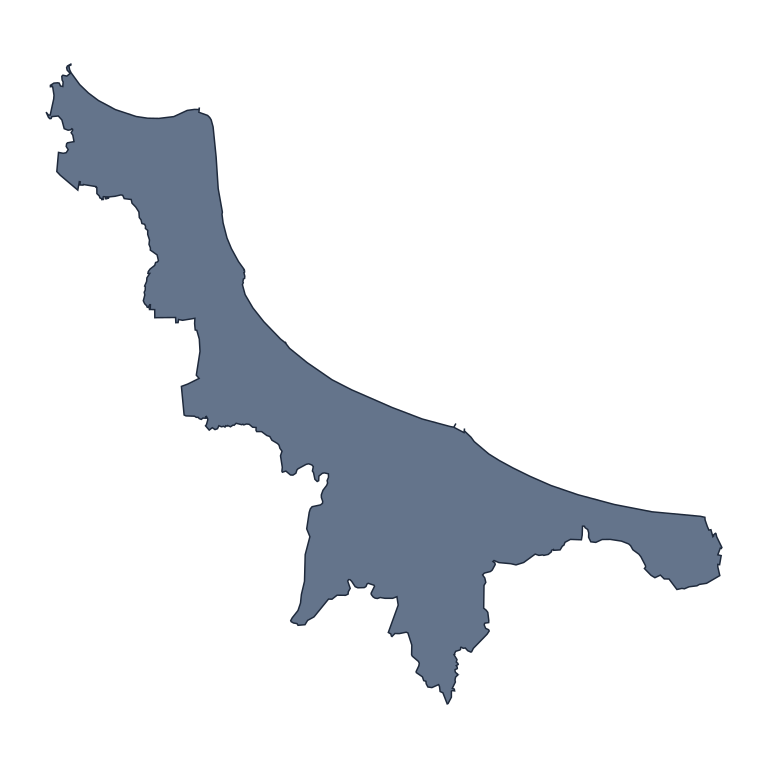 the district of Alvarado, Veracruz, Mexico
{"feature_id": "50627088B94546809143043", "entity_name": "Alvarado", "entity_type": "district", "adm_level": 2, "iso_a3": "MEX", "parent_name": "Mexico", "parent_adm1": "Veracruz", "projection": "mercator", "projection_center": [-95.869, 18.829], "detail": "fine", "context": "isolated", "style": "filled", "palette": "slate", "viewbox_px": 768, "rotation_deg": 0, "n_neighbors": 0, "source": "geoboundaries", "source_scale": "gbopen_adm2", "svg_char_len": 6036}
<svg xmlns="http://www.w3.org/2000/svg" viewBox="0 0 768 768"><path d="M447.2,703.9L448.1,703.5L451.4,697.2L451.4,691.2L452.3,690.6L454.6,690.9L454.3,689.1L452.3,688.3L455.4,682.0L455.0,680.0L455.6,677.1L457.7,675.1L457.2,675.1L457.5,674.0L455.5,672.4L455.0,670.9L455.1,669.6L457.3,668.6L457.2,667.1L456.2,665.6L458.2,664.5L457.9,663.4L456.3,662.1L457.0,659.6L454.0,654.7L454.8,654.3L454.6,653.4L455.7,651.3L459.9,650.0L460.5,649.4L460.7,647.4L461.5,647.3L463.2,648.3L465.3,648.0L467.7,650.7L470.9,652.1L471.6,651.8L473.4,648.3L487.1,634.2L489.2,631.0L488.6,629.7L485.7,628.4L484.4,625.5L484.3,624.1L485.0,623.1L488.7,622.6L488.8,620.5L487.8,612.4L486.2,610.2L483.7,608.2L484.0,585.4L485.8,582.4L484.8,578.0L482.6,574.9L484.3,573.1L490.5,571.5L492.2,570.1L495.2,564.6L494.9,562.9L492.9,561.5L494.0,560.5L498.9,562.6L510.8,563.7L516.0,564.9L523.7,562.5L535.2,554.1L538.9,555.4L542.6,554.9L543.8,555.4L548.3,554.4L551.4,551.8L551.6,550.3L553.5,549.5L553.7,550.3L560.1,549.9L562.4,546.1L563.9,545.2L565.0,542.3L570.4,539.4L581.4,539.8L582.2,535.1L582.5,526.2L583.6,526.1L584.5,526.3L585.1,527.7L587.7,529.5L588.7,532.9L588.6,537.3L590.8,541.8L595.8,542.4L602.1,539.5L610.3,539.4L621.4,541.1L628.6,543.9L630.6,545.7L632.9,549.8L638.9,554.2L640.9,556.8L645.4,565.5L645.6,567.1L644.4,568.5L651.0,575.3L654.9,577.7L660.4,575.1L664.2,578.9L669.0,579.0L676.9,589.5L681.9,588.4L684.4,588.8L689.0,586.8L697.0,585.8L699.4,584.4L706.6,583.3L719.8,575.6L717.8,566.9L717.8,564.4L719.6,564.7L721.2,555.6L717.8,554.8L720.3,548.1L721.3,548.5L721.9,547.5L716.7,536.8L715.9,533.5L715.4,533.3L712.9,535.4L713.6,536.0L712.9,536.7L710.9,529.7L708.9,530.1L707.3,526.4L705.1,520.0L704.9,517.3L700.4,516.3L652.0,511.8L614.4,504.5L577.8,494.7L551.0,485.5L530.0,476.3L512.9,467.9L499.1,460.4L488.7,453.9L474.2,441.6L471.0,437.2L464.4,430.9L464.5,428.5L464.0,432.6L453.9,427.3L455.9,423.5L453.8,427.2L450.1,426.5L422.3,419.0L391.9,407.4L351.6,389.8L332.1,379.8L307.1,362.6L289.5,348.3L285.7,343.3L286.3,342.6L285.5,343.2L285.1,342.8L285.9,341.9L285.0,342.6L280.5,339.0L263.8,321.7L252.9,307.9L245.1,294.6L242.4,284.6L243.3,282.7L242.9,281.7L243.4,279.0L244.6,278.4L244.8,276.2L243.9,272.6L244.5,272.3L244.6,270.9L243.8,269.9L244.2,269.5L238.5,261.6L231.4,248.6L227.0,238.0L223.1,222.9L222.0,214.2L222.4,212.2L218.2,188.6L216.1,156.7L213.1,126.9L211.2,119.9L209.8,117.6L207.6,115.4L198.9,112.3L199.4,107.5L198.9,109.5L194.4,109.4L187.2,110.4L173.8,116.6L158.9,118.4L147.7,118.2L136.2,116.5L115.4,109.6L98.4,100.5L88.4,93.0L79.7,84.6L71.1,72.8L69.7,69.9L68.9,66.1L71.0,64.9L70.8,64.1L67.4,66.0L66.6,67.7L67.2,70.2L70.2,73.4L66.8,76.1L62.9,75.2L61.8,76.3L62.1,80.0L63.1,81.9L62.8,86.5L60.5,86.0L59.2,83.1L57.7,82.8L53.9,83.1L50.4,85.3L50.4,86.7L51.2,86.7L51.7,85.5L52.7,87.0L54.0,95.3L53.7,99.0L50.2,115.0L48.5,115.1L46.1,112.1L48.5,117.4L49.9,118.7L51.1,118.5L51.9,116.6L58.3,116.0L61.9,120.0L64.2,128.7L68.1,130.2L70.7,129.8L71.8,128.7L72.6,129.3L72.6,130.4L71.1,132.7L72.8,135.1L74.0,141.6L67.5,142.8L66.6,143.8L66.2,146.5L68.2,149.6L66.2,152.7L63.2,153.3L58.5,152.4L56.8,171.6L60.3,175.3L77.8,190.1L79.3,181.6L80.3,181.8L79.9,185.0L83.1,185.1L83.4,184.5L96.1,186.6L96.0,187.4L96.8,187.6L96.9,193.6L99.3,196.0L99.9,197.9L101.8,198.7L101.8,199.6L103.2,199.5L103.1,197.0L103.7,196.6L105.2,196.8L105.3,198.8L106.2,198.8L106.1,197.2L106.6,196.8L107.8,196.9L107.7,198.4L108.5,198.2L109.0,196.9L115.0,196.3L120.9,194.9L122.7,195.3L124.2,198.6L131.2,199.5L132.0,203.2L135.7,207.0L138.9,212.0L139.3,217.6L141.0,219.8L141.9,223.5L144.6,224.3L145.5,226.2L145.4,228.5L147.7,230.4L147.7,234.4L149.5,240.0L149.0,244.4L150.4,247.9L150.3,250.1L157.1,254.9L158.4,260.6L157.5,261.9L155.6,262.5L154.7,265.4L150.1,269.0L148.3,271.5L147.9,273.4L149.8,273.4L146.9,277.8L146.6,281.5L144.6,286.1L145.3,286.7L145.2,290.2L144.2,292.2L144.8,295.0L143.3,300.8L144.7,303.8L146.7,305.8L147.1,307.1L148.3,307.5L149.7,304.7L150.4,304.7L150.3,308.0L149.5,308.0L149.5,309.5L154.7,309.6L154.8,317.7L175.6,317.5L175.8,322.7L178.1,322.6L178.6,319.5L182.5,320.3L194.9,318.3L194.6,323.5L195.2,330.0L196.8,330.3L199.3,339.1L200.0,351.4L196.3,375.2L199.1,378.4L187.6,384.1L181.4,386.4L184.1,415.0L186.0,415.9L194.5,416.2L196.2,417.3L198.3,417.4L199.2,418.6L201.3,419.4L202.9,418.1L205.9,418.2L205.7,416.7L206.4,416.4L207.8,419.0L207.7,420.2L206.4,424.7L205.5,425.8L209.2,430.1L212.3,427.7L215.0,429.6L217.5,428.7L218.9,425.7L221.4,426.8L223.7,426.3L225.0,427.1L225.8,425.7L227.0,426.2L227.6,425.5L230.5,426.8L233.0,425.1L234.1,425.3L236.1,423.3L241.8,424.7L242.9,424.2L243.8,424.9L246.4,424.0L249.2,424.3L252.6,427.2L256.1,427.5L256.0,430.3L256.7,431.6L261.6,431.6L266.8,435.5L269.8,436.5L271.9,440.2L277.6,443.6L279.1,445.3L279.9,448.3L282.0,451.2L280.5,455.8L282.3,467.3L281.9,471.2L282.4,472.2L285.9,471.1L290.5,475.0L293.0,475.1L295.9,473.2L296.9,470.0L298.0,468.8L306.3,464.3L308.7,463.8L311.8,464.9L313.3,466.6L312.4,471.0L313.5,472.6L314.9,479.3L317.2,481.5L318.7,480.7L318.9,476.1L322.3,473.3L324.4,472.9L328.4,473.8L328.5,477.3L327.1,480.6L327.6,483.1L326.6,485.5L323.0,490.2L321.3,494.9L321.4,497.6L322.7,501.3L322.5,503.3L320.5,504.9L312.1,506.7L310.3,508.9L309.2,512.4L306.7,528.8L309.9,536.7L305.2,554.6L304.5,581.3L301.4,594.4L300.5,603.1L298.0,610.5L292.3,617.7L290.7,620.6L291.2,621.7L293.5,623.0L297.0,623.6L298.0,625.3L305.0,624.7L307.6,620.4L314.0,616.9L328.5,599.1L332.0,599.2L337.1,595.2L345.6,595.3L348.1,594.1L348.3,591.8L350.2,588.4L347.7,581.0L348.6,579.6L350.1,579.7L351.7,581.4L355.2,586.7L357.8,587.8L364.3,587.6L366.0,586.5L367.0,584.0L368.2,583.3L374.0,585.2L374.5,586.3L371.1,593.2L371.3,594.5L373.1,596.9L375.0,598.1L377.4,598.5L380.2,597.5L384.9,598.3L392.7,598.3L396.9,596.7L398.2,605.1L388.3,632.5L390.8,633.9L391.4,636.1L392.0,636.5L394.9,633.5L399.3,633.6L406.2,632.2L407.9,632.9L411.8,645.1L411.6,654.8L412.4,656.3L418.4,661.4L419.3,663.2L418.8,665.9L416.1,671.6L416.3,672.6L422.4,676.8L423.7,680.6L425.9,681.3L426.2,683.8L427.9,687.0L431.9,687.6L438.6,684.6L439.5,686.6L440.1,691.5L442.9,692.8L447.2,703.9Z" fill="#64748b" stroke="#1e293b" stroke-width="1.5"/></svg>